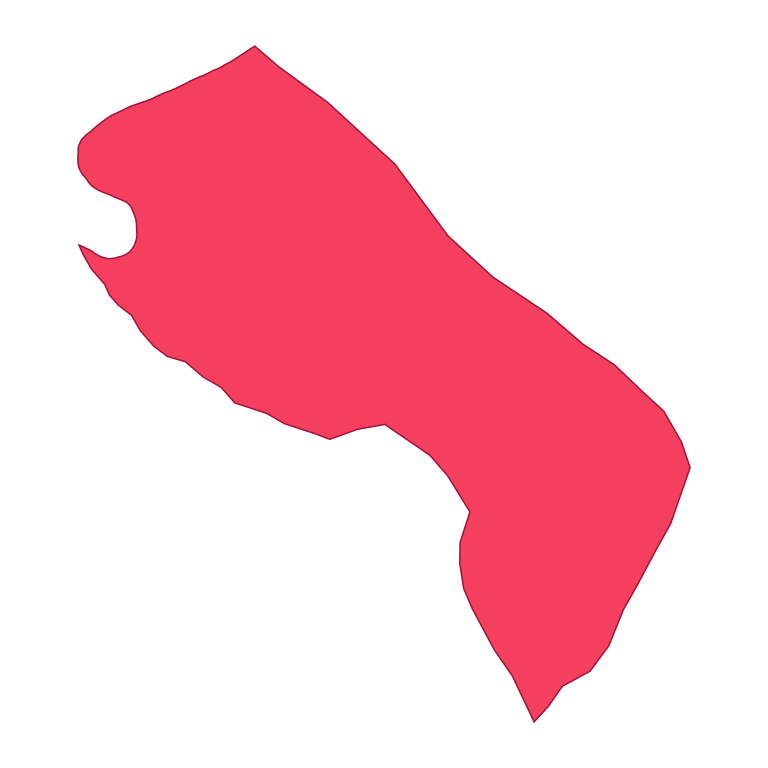 Changsong, P'yŏngan-bukto, North Korea (Equal Earth projection)
{"feature_id": "82179303B23970649452661", "entity_name": "Changsong", "entity_type": "district", "adm_level": 2, "iso_a3": "PRK", "parent_name": "North Korea", "parent_adm1": "P'yŏngan-bukto", "projection": "equal_earth", "projection_center": [125.074, 40.388], "detail": "fine", "context": "isolated", "style": "filled", "palette": "rose", "viewbox_px": 768, "rotation_deg": 0, "n_neighbors": 0, "source": "geoboundaries", "source_scale": "gbopen_adm2", "svg_char_len": 3663}
<svg xmlns="http://www.w3.org/2000/svg" viewBox="0 0 768 768"><path d="M254.8,46.1L254.6,46.2L253.8,46.8L252.3,47.6L250.7,48.7L248.8,50.0L246.9,51.2L245.5,52.2L244.0,53.1L242.7,54.0L241.3,54.9L240.0,55.7L238.6,56.7L237.1,57.7L235.6,58.7L234.0,59.7L232.6,60.6L230.9,61.6L229.5,62.4L228.4,63.0L227.1,63.6L225.5,64.5L223.7,65.4L222.1,66.5L220.4,67.3L218.6,68.3L216.8,69.1L215.1,69.8L213.3,70.3L212.9,70.5L212.2,71.0L210.6,71.9L208.9,72.7L207.2,73.7L205.4,74.4L203.5,75.4L201.8,76.0L200.3,76.6L198.7,77.3L196.8,78.1L195.3,78.8L193.6,79.5L191.8,80.3L190.3,81.0L189.2,81.6L187.2,82.7L185.3,83.7L183.7,84.5L182.1,85.2L180.6,86.0L178.6,86.9L177.1,87.7L175.4,88.5L173.5,89.4L171.9,90.1L170.3,90.8L168.6,91.4L167.0,92.0L165.5,92.5L164.7,92.8L163.3,93.2L161.7,94.0L160.2,94.7L158.9,95.3L157.5,96.0L156.0,96.6L154.8,97.3L153.4,98.0L152.0,98.7L150.0,99.6L148.3,100.1L146.7,100.9L145.1,101.4L143.3,101.9L141.5,102.5L140.0,103.1L138.3,103.6L136.8,104.2L135.2,104.7L133.7,105.2L132.3,105.8L130.8,106.3L129.5,106.8L127.9,107.6L126.3,108.4L125.2,109.0L124.0,109.6L122.4,110.4L121.1,110.9L119.8,111.6L118.6,112.0L117.2,112.8L115.9,113.4L114.8,113.8L113.6,114.4L112.6,114.9L111.1,115.6L109.7,116.6L108.1,117.5L106.7,118.5L105.5,119.3L104.2,120.3L102.9,121.2L101.7,122.2L100.5,123.2L99.1,124.3L97.6,125.4L96.3,126.5L95.2,127.4L94.4,128.0L93.3,129.0L92.2,130.0L91.2,130.9L90.2,131.8L88.9,132.7L87.9,133.6L86.8,134.4L85.9,135.1L85.0,136.0L84.2,136.8L83.3,137.8L82.6,138.5L81.8,139.4L81.3,140.1L80.8,141.1L80.3,142.2L79.7,143.4L79.2,144.6L78.8,145.7L78.5,146.8L78.2,147.8L78.2,149.5L78.2,150.7L78.3,152.1L78.2,153.4L78.0,154.9L78.0,156.3L77.9,158.0L77.9,159.9L77.9,161.6L78.2,163.2L78.2,164.4L78.4,165.3L78.6,166.2L78.9,167.4L79.3,168.5L79.7,169.6L80.3,170.8L80.8,171.6L81.5,172.7L82.3,174.1L83.1,175.1L84.1,176.0L84.9,177.1L85.8,178.2L86.7,179.3L87.5,180.6L88.1,181.7L89.2,183.1L90.1,184.1L90.9,185.1L92.2,186.2L94.0,187.5L95.5,188.5L97.1,189.4L98.7,190.4L100.5,191.1L102.0,191.8L103.5,192.4L105.2,193.0L106.9,193.7L108.3,194.2L109.9,194.9L111.6,195.7L113.3,196.6L115.2,197.3L117.0,198.0L118.9,198.8L121.0,199.7L123.0,200.5L124.8,201.3L126.1,202.0L127.5,203.0L128.6,204.2L129.7,205.2L130.4,206.0L130.9,206.9L131.6,208.4L132.3,210.0L133.0,211.4L133.7,213.1L134.2,214.7L134.8,216.3L135.3,217.6L135.8,219.1L136.1,220.8L136.3,223.1L136.5,225.4L136.6,227.6L136.7,228.8L136.7,230.4L136.8,232.2L136.9,234.1L136.9,236.1L136.6,237.8L136.3,239.5L135.8,241.0L135.3,242.7L134.8,244.1L134.4,245.2L133.7,246.4L132.9,247.6L132.1,248.9L131.1,250.1L130.2,251.2L129.1,252.4L127.9,253.1L126.6,254.0L125.5,254.7L124.1,255.3L122.8,255.8L121.6,256.2L120.0,256.7L118.3,257.1L116.9,257.5L115.6,257.9L114.2,258.1L112.7,258.4L110.7,258.6L109.9,258.6L108.5,258.6L107.1,258.4L105.8,258.1L104.4,257.8L103.2,257.4L102.0,257.1L100.8,256.6L99.5,256.0L98.5,255.6L97.3,254.8L96.0,254.0L95.0,253.6L93.6,252.6L92.9,251.8L91.5,251.0L90.3,250.3L89.2,249.7L87.8,249.0L86.2,248.4L84.8,247.6L83.4,247.0L82.3,246.5L81.0,245.9L79.5,245.2L79.0,245.0L82.7,253.7L91.5,269.1L104.8,284.5L109.2,294.7L118.1,305.0L131.5,315.3L140.3,330.7L153.7,346.1L167.2,356.4L185.3,361.7L203.3,377.1L221.3,387.5L234.7,402.9L266.4,413.3L284.5,423.7L316.2,434.1L326.0,437.9L329.8,439.3L357.4,429.3L384.9,424.4L407.4,439.9L430.0,455.4L447.8,476.0L469.9,511.9L460.1,542.5L459.7,562.9L463.7,588.5L472.4,609.0L494.4,650.0L512.2,675.7L534.1,721.9L548.1,706.7L562.3,686.3L590.0,671.2L608.8,645.8L623.2,610.1L637.5,584.7L656.5,549.1L670.7,523.6L690.1,467.6L681.5,442.0L663.8,411.2L641.4,390.6L614.5,364.9L583.0,344.2L547.1,313.3L493.0,277.2L448.2,236.1L395.0,164.2L327.8,102.5L278.4,66.5L254.8,46.1Z" fill="#f43f5e" stroke="#9f1239" stroke-width="1.5"/></svg>